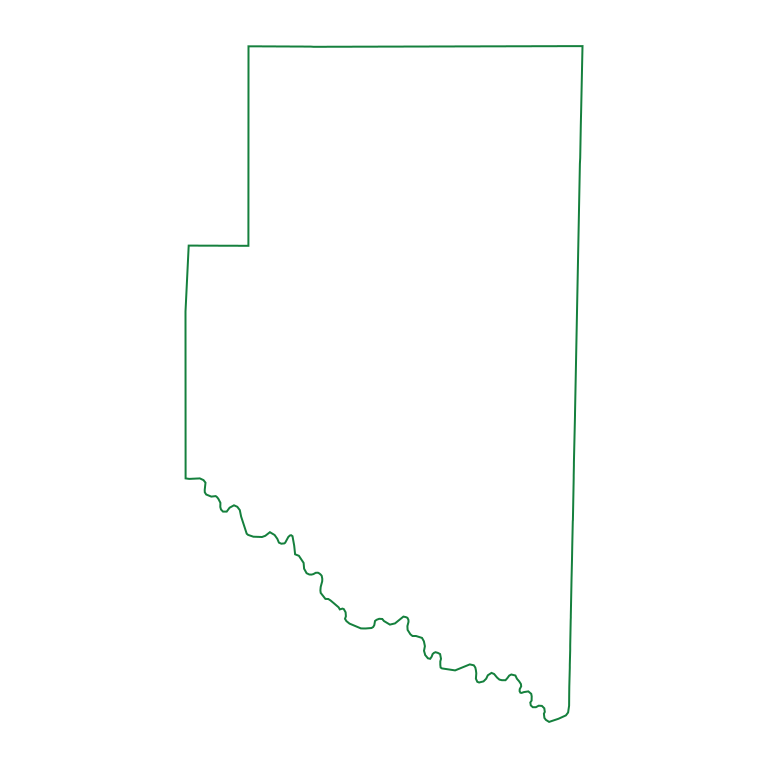 outline of McCurtain, Oklahoma, United States of America
{"feature_id": "52423323B44791515343286", "entity_name": "McCurtain", "entity_type": "district", "adm_level": 2, "iso_a3": "USA", "parent_name": "United States of America", "parent_adm1": "Oklahoma", "projection": "equal_earth", "projection_center": [-94.759, 34.062], "detail": "fine", "context": "isolated", "style": "outline", "palette": "green", "viewbox_px": 768, "rotation_deg": 0, "n_neighbors": 0, "source": "geoboundaries", "source_scale": "gbopen_adm2", "svg_char_len": 2511}
<svg xmlns="http://www.w3.org/2000/svg" viewBox="0 0 768 768"><path d="M185.5,311.5L185.6,478.4L189.3,478.9L199.8,478.4L203.5,480.1L205.5,482.7L204.7,490.0L204.8,492.3L206.2,494.5L211.3,496.6L215.7,496.1L217.1,497.2L218.4,498.9L220.4,502.8L220.3,507.0L221.0,509.5L223.0,511.6L226.7,511.6L229.6,507.7L234.0,505.3L237.3,506.8L239.8,510.1L241.1,516.5L246.7,533.7L248.1,534.9L253.4,536.7L262.0,537.0L265.3,535.8L269.9,532.2L274.6,535.0L277.3,538.8L278.9,542.6L281.3,543.7L284.3,543.4L285.2,542.7L288.3,537.0L289.9,535.5L291.1,535.2L292.5,536.2L294.2,545.7L295.1,554.3L298.9,555.8L303.6,562.9L304.1,568.7L306.6,573.2L309.3,574.5L311.4,574.6L313.4,574.1L315.7,572.8L317.9,572.7L319.4,573.5L320.8,574.7L321.7,575.8L322.3,578.9L322.2,581.3L320.7,586.9L320.4,590.4L320.7,592.9L325.4,598.9L328.3,599.0L330.6,600.5L338.6,607.3L339.8,609.4L342.5,608.6L343.8,609.1L345.6,612.3L345.9,616.3L345.0,618.8L346.4,621.1L349.5,623.6L360.9,628.4L365.3,628.5L371.5,628.0L373.2,627.0L374.3,625.1L375.0,621.0L376.6,619.8L379.2,618.8L382.3,619.0L383.9,621.0L389.9,624.6L395.0,623.4L403.4,616.6L405.8,617.1L407.4,617.8L408.4,619.8L408.5,621.9L407.4,626.1L407.6,629.9L410.4,634.3L412.5,636.0L416.0,636.0L422.0,637.9L423.9,641.3L424.9,646.2L424.0,650.8L424.9,653.9L425.1,654.9L427.9,658.3L430.2,658.8L431.7,656.6L432.6,654.1L433.9,652.9L435.5,652.2L437.9,652.9L440.1,654.1L441.0,658.8L440.3,661.4L440.3,664.8L440.6,667.5L441.9,668.4L455.1,670.4L469.8,664.4L473.8,665.3L475.3,667.5L475.9,670.2L476.3,673.3L475.9,678.7L477.3,681.8L479.1,682.5L483.5,681.4L486.2,678.7L487.8,675.3L491.5,672.9L494.1,674.0L497.1,677.6L499.4,679.6L501.9,680.2L505.5,680.2L507.3,678.2L509.2,675.6L511.3,674.5L515.4,675.5L516.9,678.7L519.2,681.4L520.9,684.0L521.2,686.3L519.7,689.2L519.6,691.2L520.4,692.7L521.6,692.9L523.9,692.1L528.3,691.4L531.2,693.8L531.7,696.3L531.6,700.6L530.3,702.5L530.8,705.4L532.8,707.2L535.9,707.2L538.7,705.7L541.9,705.9L544.3,708.3L544.8,711.9L543.9,713.7L544.4,717.9L545.9,719.9L549.1,721.9L558.4,718.8L565.9,715.4L568.1,712.5L569.1,705.7L569.2,694.0L569.3,686.3L569.8,667.7L569.8,664.9L570.2,649.8L570.2,645.7L570.7,620.0L570.7,619.9L570.8,617.7L570.8,615.7L571.3,590.8L571.4,585.7L571.5,580.4L571.5,580.2L572.0,559.5L572.3,543.4L572.8,520.8L572.9,520.5L573.7,477.8L573.7,475.4L573.9,465.6L573.9,462.9L575.0,415.6L575.0,414.1L577.5,286.6L579.9,163.7L580.2,158.0L580.8,125.3L581.0,116.4L581.1,112.6L582.5,46.1L313.6,46.8L310.8,46.6L248.5,46.3L248.4,245.8L188.7,245.6L185.5,311.5Z" fill="none" stroke="#15803d" stroke-width="2"/></svg>